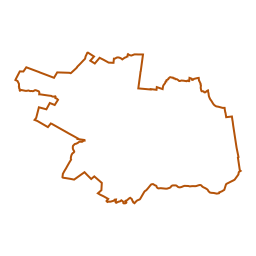 Ciumeghiu, Bihor, Romania
{"feature_id": "2599482B64169644321077", "entity_name": "Ciumeghiu", "entity_type": "district", "adm_level": 2, "iso_a3": "ROU", "parent_name": "Romania", "parent_adm1": "Bihor", "projection": "robinson", "projection_center": [21.631, 46.706], "detail": "fine", "context": "isolated", "style": "outline", "palette": "amber", "viewbox_px": 256, "rotation_deg": 0, "n_neighbors": 0, "source": "geoboundaries", "source_scale": "gbopen_adm2", "svg_char_len": 5588}
<svg xmlns="http://www.w3.org/2000/svg" viewBox="0 0 256 256"><path d="M219.2,193.1L219.3,192.3L220.0,192.1L221.9,191.3L224.0,190.0L224.2,189.9L224.3,189.8L225.3,186.6L225.9,184.7L226.1,184.4L226.3,184.0L226.8,183.7L234.3,179.9L234.6,179.7L234.9,179.3L238.1,174.9L238.4,174.5L238.4,174.2L238.7,172.6L238.8,172.2L239.0,171.9L240.6,170.9L239.8,170.2L237.9,157.5L238.5,157.1L236.6,147.8L236.1,144.6L233.2,125.6L232.6,121.0L232.5,120.7L231.9,116.5L226.2,117.2L225.5,112.8L225.3,112.4L224.8,109.7L224.6,107.9L223.3,107.9L222.7,107.9L218.2,106.7L216.4,106.4L215.9,106.2L214.7,105.4L213.8,104.6L213.0,103.5L211.8,101.5L211.0,100.3L210.3,99.4L209.7,98.2L209.5,97.7L209.0,96.5L208.8,95.6L208.6,94.1L208.6,93.8L208.4,92.9L208.2,92.0L207.9,91.5L208.1,90.7L208.0,90.4L207.2,90.8L206.6,91.2L206.0,91.7L205.6,92.1L205.3,92.3L204.9,92.4L204.7,92.4L204.3,92.3L204.1,92.1L203.7,91.5L203.4,91.4L202.8,91.2L202.2,91.3L201.8,91.3L201.6,91.2L201.2,90.3L200.7,87.9L200.9,85.7L200.9,85.3L200.5,84.7L200.7,84.2L200.6,83.7L200.4,83.2L200.1,82.9L199.8,82.1L199.6,81.5L199.4,81.1L199.0,80.7L198.7,77.9L197.9,78.0L196.9,78.2L194.0,78.9L193.7,79.1L193.1,79.7L192.7,79.9L192.1,79.9L191.9,79.7L191.9,78.9L191.7,78.7L189.5,77.9L189.2,81.1L188.6,81.1L188.2,81.0L188.0,80.9L187.9,80.6L187.6,80.6L187.4,80.7L187.1,80.8L186.6,81.2L183.5,80.7L182.3,80.6L181.5,80.5L179.9,81.0L179.3,81.0L179.2,81.0L179.0,80.8L178.7,80.5L178.2,80.1L177.0,79.3L176.1,79.1L175.4,79.2L174.8,78.4L174.6,78.3L173.9,78.4L173.4,78.3L173.3,78.2L173.1,77.8L173.0,77.7L172.9,77.6L172.7,77.6L171.9,77.6L170.4,77.2L170.1,77.2L169.9,77.3L169.4,77.7L168.6,78.4L168.4,78.6L168.3,79.2L168.0,79.4L167.5,79.7L166.5,80.2L166.3,80.4L166.3,81.2L166.3,81.3L166.2,81.3L165.8,81.6L165.6,81.7L165.6,81.8L165.4,82.2L165.0,83.3L164.4,84.0L163.3,85.5L163.0,86.7L162.6,89.1L156.8,87.1L156.5,89.8L150.7,89.1L150.7,89.5L138.3,88.4L140.3,73.7L140.5,71.7L140.7,71.4L143.0,54.5L134.4,54.4L131.5,55.5L131.3,55.5L130.1,55.3L129.0,54.8L128.6,54.6L128.0,54.1L127.8,54.3L127.5,56.0L127.5,56.5L126.9,56.6L125.9,57.3L124.7,57.7L122.3,59.4L121.2,58.5L120.6,58.2L119.8,57.8L119.5,57.7L118.7,57.5L117.9,57.4L116.7,57.6L115.8,58.1L115.5,58.3L114.7,58.7L113.9,58.7L113.5,62.8L112.9,62.8L112.7,62.8L108.6,62.6L107.9,62.2L107.2,61.8L103.4,59.7L99.6,57.8L98.6,59.0L94.8,63.5L90.3,60.7L94.0,56.5L87.9,52.6L87.3,52.8L86.3,55.0L85.9,55.8L85.6,56.4L85.1,58.6L84.9,58.9L84.2,59.7L83.8,60.0L80.4,63.6L77.2,66.8L77.2,67.0L77.1,67.3L75.7,68.7L70.9,73.1L70.7,73.2L70.1,73.0L69.5,72.8L57.2,72.4L54.0,77.8L48.0,75.5L39.5,72.3L39.4,72.2L26.3,67.3L24.5,69.9L23.4,71.5L19.8,71.4L15.9,78.9L15.4,80.0L17.3,80.9L17.5,81.0L18.4,82.8L18.9,83.7L19.0,84.7L19.0,85.9L18.9,86.4L18.9,86.8L19.2,87.1L19.1,88.1L19.7,89.0L19.6,90.0L20.0,90.7L21.3,90.0L25.2,90.8L26.0,90.9L26.9,90.8L28.4,90.5L28.8,90.6L29.6,90.9L30.1,91.1L31.4,91.0L31.8,91.0L32.7,91.2L33.2,91.1L33.5,91.0L34.6,90.4L35.0,90.2L35.5,90.2L36.0,90.3L38.7,91.3L39.0,91.7L39.3,92.3L39.3,92.7L39.2,94.3L39.8,94.3L48.1,95.5L51.3,95.9L51.8,96.2L52.3,96.5L52.9,96.6L53.5,96.6L55.0,96.4L55.0,96.5L55.3,96.5L55.5,96.6L55.5,96.8L55.3,97.8L55.3,98.0L56.7,98.6L57.3,99.1L58.0,99.8L54.7,105.0L49.8,103.0L46.4,109.3L38.9,107.3L36.2,117.9L34.6,119.9L37.4,121.0L47.9,127.1L50.8,123.5L51.1,123.7L51.7,123.8L69.4,133.8L73.1,135.8L78.4,138.8L78.1,139.1L84.5,140.0L84.6,140.6L83.9,140.7L83.3,140.9L82.3,141.7L81.8,141.8L80.2,141.7L79.6,141.7L79.1,141.9L77.8,142.9L77.5,143.0L76.7,143.5L76.2,143.7L75.2,143.9L74.7,144.1L74.3,144.5L74.0,144.8L73.5,145.3L73.1,145.7L72.9,146.3L72.8,147.3L72.8,148.2L73.0,149.1L73.2,149.6L73.9,150.8L74.2,151.4L74.2,151.8L73.8,152.4L72.7,153.2L72.2,153.7L71.8,154.5L71.5,155.0L71.0,156.7L70.9,157.6L70.8,158.3L70.9,159.1L71.1,159.6L69.5,162.2L68.7,163.6L67.5,165.7L65.9,168.6L65.2,169.7L64.3,171.2L62.9,173.8L62.8,174.0L62.8,174.8L62.5,176.5L62.5,177.4L62.6,177.5L63.1,177.7L64.2,177.9L65.8,178.1L67.6,178.4L70.1,178.8L74.1,179.6L84.5,172.2L84.8,172.5L86.9,174.7L91.2,179.0L94.3,176.4L101.8,182.9L101.4,190.2L97.9,193.3L100.2,194.7L103.4,196.2L108.2,198.9L107.3,200.0L107.0,200.3L106.6,200.8L106.5,201.0L106.7,201.4L107.6,202.0L108.2,201.7L110.1,201.7L110.7,201.6L113.5,200.8L114.4,200.2L114.6,199.7L114.9,199.6L116.0,199.5L115.8,200.5L115.8,201.1L115.5,201.7L115.5,202.0L116.0,202.7L116.2,202.8L118.5,201.7L119.9,201.4L120.2,201.2L120.5,201.1L120.7,200.9L121.3,200.3L122.5,201.1L123.3,201.9L123.3,203.0L123.9,203.4L125.3,203.3L126.0,203.0L126.3,202.7L126.4,202.4L126.2,201.9L125.3,201.3L125.4,200.9L125.8,200.7L126.6,200.5L127.2,200.1L127.9,199.5L129.4,198.2L130.2,197.8L131.8,199.1L132.4,200.8L133.0,201.5L133.4,202.1L133.3,202.4L134.5,203.2L136.5,201.0L137.3,200.4L139.7,199.4L140.1,199.0L144.3,191.8L144.8,191.2L146.3,190.2L147.8,188.5L150.9,184.7L151.3,184.4L152.1,184.2L152.8,184.1L153.1,184.1L154.9,185.3L155.7,185.5L156.4,186.0L156.5,186.4L156.6,186.8L156.8,187.2L157.1,187.6L157.9,188.2L158.6,188.4L160.1,188.2L161.0,188.2L165.9,188.7L166.8,188.7L167.2,188.6L168.1,188.3L169.1,188.0L169.9,187.7L170.4,187.4L170.9,186.8L171.2,186.3L171.8,185.8L172.4,185.5L173.2,185.4L175.4,185.4L176.0,185.5L176.4,185.6L176.8,185.9L177.8,186.8L178.4,187.1L179.1,187.3L179.7,187.3L180.2,187.3L181.5,187.0L182.9,186.4L183.7,186.1L184.3,185.9L185.7,185.9L188.4,186.0L189.4,186.3L190.0,186.4L191.3,186.2L193.3,186.1L195.0,186.2L195.9,186.1L196.4,186.0L198.5,185.3L199.3,185.1L200.0,185.0L200.6,185.1L201.1,185.3L201.5,185.6L202.0,186.3L202.9,187.0L204.5,187.8L205.4,188.2L207.3,189.4L208.1,190.4L208.4,191.1L209.0,191.7L209.9,192.5L211.2,192.8L213.9,193.0L216.6,193.6L217.6,193.5L219.1,193.2L219.2,193.1Z" fill="none" stroke="#b45309" stroke-width="2"/></svg>